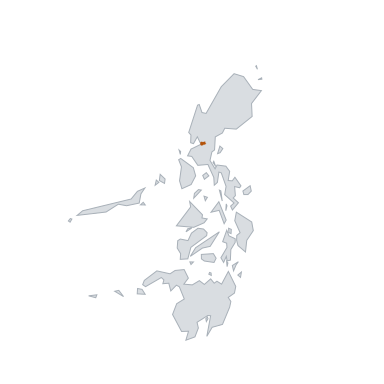 NCR, Third District, Valenzuela, Philippines shown in context, rotated 30°
{"feature_id": "2640588B11276327116073", "entity_name": "NCR, Third District", "entity_type": "district", "adm_level": 2, "iso_a3": "PHL", "parent_name": "Philippines", "parent_adm1": "Valenzuela", "projection": "mercator", "projection_center": [120.97, 14.71], "detail": "fine", "context": "in_parent", "style": "filled", "palette": "amber", "viewbox_px": 384, "rotation_deg": 30, "n_neighbors": 0, "source": "geoboundaries", "source_scale": "gbopen_adm2", "svg_char_len": 4846}
<svg xmlns="http://www.w3.org/2000/svg" viewBox="0 0 384 384"><g transform="rotate(30 192 192)"><path d="M179.0,66.3L193.3,72.8L201.4,69.5L199.3,85.6L206.3,96.5L198.9,115.4L188.5,120.4L188.8,125.7L184.6,132.6L190.5,144.3L189.2,147.4L191.8,155.7L200.4,160.4L200.2,156.1L208.4,152.7L214.3,155.3L217.6,164.0L221.3,162.2L221.8,157.8L231.3,162.2L231.1,164.5L226.2,166.0L231.4,173.5L230.7,176.6L237.6,178.1L236.0,187.4L232.5,184.9L233.9,180.5L221.6,177.9L218.7,170.1L207.8,160.8L205.3,161.3L209.2,171.0L207.9,175.0L203.6,168.5L192.0,160.2L183.7,166.0L174.0,161.3L170.1,162.9L169.7,155.3L175.9,146.2L169.0,141.5L169.1,149.4L166.2,150.0L162.6,143.2L159.4,142.1L153.4,114.0L154.5,112.6L160.9,118.2L164.9,116.9L164.7,86.1L169.3,68.5L179.0,66.3ZM263.2,242.6L277.1,251.9L279.3,258.3L276.1,265.2L280.4,267.4L282.2,272.9L284.6,291.4L277.1,299.1L277.0,309.6L270.0,289.8L267.4,291.1L261.5,302.3L265.5,306.6L267.0,316.0L260.8,323.4L258.6,314.3L252.7,318.0L236.4,307.8L234.6,296.4L238.8,288.5L228.4,280.4L225.1,280.5L223.1,288.3L217.5,282.6L212.6,286.0L211.6,282.2L208.2,281.4L199.1,297.2L195.6,296.9L194.9,292.4L201.0,277.9L213.9,273.8L216.6,268.4L224.0,263.1L231.9,268.4L231.0,275.9L238.7,272.3L242.7,265.1L248.9,265.9L251.6,257.9L256.8,259.9L258.2,256.8L263.7,257.0L263.2,242.6ZM221.8,252.0L215.5,256.2L213.0,251.1L207.2,247.9L204.0,241.3L205.4,238.6L212.8,236.1L212.1,227.9L215.3,220.4L220.5,218.3L225.4,219.7L226.5,222.5L218.7,240.5L221.8,252.0ZM258.7,188.1L264.4,194.8L263.6,206.5L268.3,217.2L258.6,215.4L254.8,211.5L252.5,207.2L254.0,203.2L243.4,195.5L240.5,187.3L258.7,188.1ZM194.7,201.4L212.5,206.5L213.6,209.5L218.6,207.7L217.9,212.6L211.2,221.7L195.4,229.1L198.3,205.6L194.7,201.4ZM127.6,252.3L104.2,269.7L106.7,262.9L142.8,228.5L144.4,218.7L149.2,212.1L148.7,219.1L151.8,228.0L142.2,236.6L134.3,239.4L127.6,252.3ZM165.5,168.6L181.0,170.3L187.1,176.2L187.5,186.0L181.6,194.2L175.6,188.5L170.3,175.5L164.3,170.7L165.5,168.6ZM245.9,211.5L252.8,210.9L254.6,214.1L254.4,222.4L259.3,231.8L256.9,234.1L253.9,230.6L254.6,237.2L249.9,234.5L250.0,222.5L247.6,219.0L243.4,219.7L241.2,207.7L245.9,211.5ZM222.7,248.6L223.0,238.4L235.6,212.8L234.9,230.0L229.1,235.3L222.7,248.6ZM246.3,242.0L237.2,245.6L233.6,245.2L231.3,241.4L241.3,234.7L246.0,237.3L246.3,242.0ZM220.1,187.0L235.6,199.2L235.7,203.4L224.7,194.3L218.6,200.0L220.1,187.0ZM241.7,166.3L238.2,168.3L235.6,165.7L239.2,157.5L242.9,161.6L241.7,166.3ZM202.6,304.0L195.5,307.6L193.1,302.8L197.4,301.3L202.6,304.0ZM155.6,192.6L162.2,194.2L163.9,198.3L158.0,198.4L155.6,192.6ZM194.7,168.1L198.5,169.6L196.4,174.8L193.0,172.3L194.7,168.1ZM177.8,313.8L185.0,316.8L174.7,316.6L177.8,313.8ZM267.4,239.5L263.7,235.5L267.0,229.2L266.6,233.0L267.4,239.5ZM199.1,185.7L196.6,196.5L194.8,192.0L196.4,186.7L199.1,185.7ZM161.0,328.6L161.5,331.7L154.4,333.6L161.0,328.6ZM197.0,139.0L196.7,143.9L195.0,146.0L193.2,138.3L197.0,139.0ZM209.8,223.3L206.7,229.5L206.7,225.9L209.8,223.3ZM158.5,200.2L156.7,204.6L155.1,199.5L158.5,200.2ZM246.6,208.5L244.2,208.7L241.8,205.1L244.7,204.7L246.6,208.5ZM208.0,188.9L207.9,192.9L204.5,189.6L208.0,188.9ZM276.7,241.7L273.2,241.0L274.8,236.6L276.7,241.7ZM216.4,176.6L222.7,184.7L214.8,176.7L216.4,176.6ZM158.0,226.6L153.8,228.9L154.9,225.3L158.0,226.6ZM228.2,251.9L227.4,255.3L225.1,253.6L228.2,251.9ZM229.2,186.5L230.6,191.3L227.6,185.2L229.2,186.5ZM101.5,279.1L99.4,278.9L99.9,275.8L101.5,275.5L101.5,279.1ZM250.4,254.6L247.7,254.8L247.4,252.9L249.0,252.6L250.4,254.6ZM269.2,297.0L267.3,294.8L267.9,292.6L269.2,293.7L269.2,297.0ZM161.9,162.6L163.1,165.3L159.8,162.1L161.9,162.6ZM258.6,235.5L259.7,239.1L256.7,234.8L258.6,235.5ZM196.1,59.4L193.0,61.7L195.2,58.3L196.1,59.4ZM199.7,158.0L195.5,155.9L195.5,154.5L199.7,158.0ZM184.6,50.4L187.3,53.0L184.3,51.2L184.6,50.4Z" fill="#d9dde1" stroke="#a8b0b8" stroke-width="1"/><path d="M175.3,145.1L175.5,145.3L175.6,145.5L175.8,145.7L175.9,145.8L176.0,145.9L176.0,146.0L176.1,146.3L176.3,146.4L176.5,146.4L176.8,146.3L176.9,146.2L177.0,146.1L177.0,145.9L177.1,145.7L177.3,145.6L177.4,145.4L177.5,145.4L177.5,145.2L177.4,145.1L177.4,144.9L177.3,144.7L177.5,144.6L177.6,144.4L177.8,144.4L177.8,144.2L178.0,144.2L178.0,144.3L178.1,144.2L178.1,144.3L178.1,144.2L178.3,144.2L178.4,144.3L178.5,144.3L178.6,144.2L178.7,143.9L178.8,143.9L179.0,143.8L179.0,143.7L178.9,143.7L178.7,143.7L178.8,143.7L178.7,143.7L178.4,143.7L178.5,143.6L178.4,143.6L178.2,143.5L178.1,143.4L178.1,143.5L178.1,143.4L178.0,143.5L178.0,143.4L177.9,143.5L177.9,143.4L177.7,143.4L177.6,143.5L177.5,143.8L177.2,143.9L177.2,144.0L177.0,143.9L177.0,144.0L176.9,144.0L176.9,143.9L176.9,144.0L176.7,144.2L176.7,144.3L176.7,144.6L176.4,144.6L176.2,144.6L176.1,144.4L175.9,144.3L175.7,144.4L175.7,144.5L175.8,144.7L175.8,144.8L176.0,145.0L176.0,145.3L175.9,145.2L175.7,145.0L175.6,144.9L175.4,144.8L175.4,145.0L175.3,145.1Z" fill="#f59e0b" stroke="#b45309" stroke-width="1.5"/></g></svg>